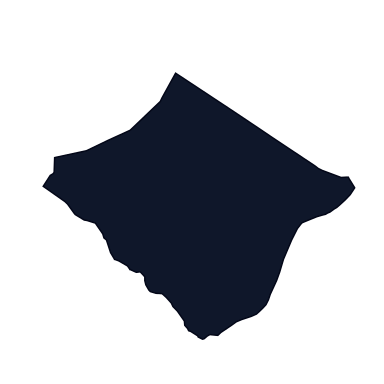 Reifi Wad Elhilaiw, Gedarif, Sudan (Mercator projection), rotated 309°
{"feature_id": "16777658B67194501280165", "entity_name": "Reifi Wad Elhilaiw", "entity_type": "district", "adm_level": 2, "iso_a3": "SDN", "parent_name": "Sudan", "parent_adm1": "Gedarif", "projection": "mercator", "projection_center": [36.021, 14.605], "detail": "fine", "context": "isolated", "style": "filled", "palette": "ink", "viewbox_px": 384, "rotation_deg": 309, "n_neighbors": 0, "source": "geoboundaries", "source_scale": "gbopen_adm2", "svg_char_len": 1750}
<svg xmlns="http://www.w3.org/2000/svg" viewBox="0 0 384 384"><g transform="rotate(309 192 192)"><path d="M297.7,315.7L300.5,307.7L301.3,305.3L301.9,304.2L300.9,302.9L297.1,298.7L291.0,280.5L290.6,279.3L290.4,278.1L289.9,276.1L289.7,274.9L289.7,271.8L284.7,218.2L283.5,204.1L280.1,167.2L274.0,104.5L246.1,109.5L242.4,110.4L212.0,106.5L201.1,105.1L179.4,94.3L157.6,84.0L132.3,63.6L120.5,72.5L118.6,72.5L115.7,71.4L102.8,72.8L104.6,99.3L104.3,102.9L102.1,111.0L101.6,112.8L101.5,113.1L101.0,115.4L101.0,115.5L102.4,125.9L102.5,126.0L103.7,128.2L103.9,128.6L106.9,136.2L107.0,136.4L107.0,136.5L103.3,149.0L103.1,149.3L100.9,152.5L100.9,155.7L93.7,166.8L93.6,167.0L91.0,174.1L90.9,174.2L91.0,174.3L92.3,178.1L92.4,178.5L93.9,188.0L94.0,188.5L93.9,188.6L92.8,192.4L92.7,192.5L92.8,192.6L94.5,199.1L94.6,199.3L97.3,201.9L97.4,202.1L96.4,208.7L93.7,210.9L93.5,211.0L91.0,214.3L90.8,214.6L88.8,219.8L88.7,220.0L88.4,222.1L88.4,222.3L90.7,227.9L92.8,230.7L94.2,232.8L93.9,238.3L92.7,245.8L91.0,249.3L90.6,252.8L90.2,255.9L90.1,256.1L86.9,267.3L83.9,270.2L83.8,270.4L83.2,274.1L83.2,274.3L82.1,276.7L82.1,276.8L82.8,278.6L82.9,278.9L82.9,279.1L83.8,286.9L83.8,287.1L83.7,287.2L83.2,288.0L84.2,292.7L84.3,292.9L85.7,293.8L89.7,294.5L92.4,295.6L92.5,295.7L96.7,302.1L96.9,302.3L101.0,302.8L113.4,306.6L119.0,308.1L124.2,310.9L132.3,316.1L133.2,316.6L137.7,318.9L142.2,319.6L146.4,320.1L150.9,320.4L156.4,319.2L161.7,317.2L176.3,313.5L185.0,310.5L197.3,305.4L217.5,299.6L230.0,296.9L235.1,296.8L235.8,296.8L236.9,296.9L237.4,296.9L242.2,299.5L251.3,304.5L256.5,308.1L258.7,309.8L261.0,310.6L263.1,311.8L268.0,313.1L268.4,313.2L271.0,314.2L274.9,314.9L282.2,316.0L289.5,316.6L297.6,315.8L297.7,315.7Z" fill="#0f172a" stroke="#020617" stroke-width="1.5"/></g></svg>